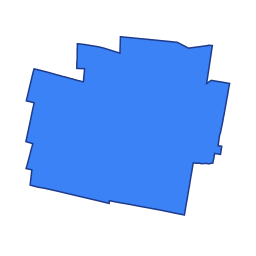 Rotunda, Olt, Romania, rotated 355°
{"feature_id": "2599482B64010567081563", "entity_name": "Rotunda", "entity_type": "district", "adm_level": 2, "iso_a3": "ROU", "parent_name": "Romania", "parent_adm1": "Olt", "projection": "mercator", "projection_center": [24.304, 43.977], "detail": "fine", "context": "isolated", "style": "filled", "palette": "blue", "viewbox_px": 256, "rotation_deg": 355, "n_neighbors": 0, "source": "geoboundaries", "source_scale": "gbopen_adm2", "svg_char_len": 2857}
<svg xmlns="http://www.w3.org/2000/svg" viewBox="0 0 256 256"><g transform="rotate(355 128 128)"><path d="M176.6,219.6L176.7,219.1L176.8,218.9L176.8,218.6L177.2,217.4L177.3,216.9L177.4,216.4L177.9,214.6L178.7,211.4L179.3,209.2L179.9,206.9L180.6,204.6L181.2,202.2L181.8,199.8L182.2,198.2L182.7,196.5L183.0,195.3L183.2,194.1L183.7,192.6L184.6,189.2L185.0,187.4L185.5,185.5L186.3,182.5L186.4,181.9L186.5,181.5L187.0,179.9L188.0,176.0L188.8,172.9L189.5,170.0L189.6,169.4L189.9,168.6L190.1,168.6L191.0,168.7L192.3,168.9L193.3,169.1L194.1,169.1L194.8,169.2L195.6,169.2L196.2,169.3L197.0,169.6L197.8,169.9L198.3,170.0L199.1,170.0L199.7,170.0L200.1,170.0L201.5,170.0L203.3,170.2L204.5,170.5L205.3,170.7L206.3,170.7L206.6,170.6L206.8,170.6L207.6,170.4L208.8,170.3L209.4,170.4L210.1,168.0L210.2,167.7L210.9,165.4L211.8,162.1L211.9,161.8L212.0,161.4L212.1,160.9L216.3,162.0L216.5,162.0L217.8,162.4L218.9,158.0L219.0,157.6L219.8,154.4L216.2,153.4L216.9,150.6L217.0,150.0L217.4,148.3L217.4,148.2L218.0,145.7L218.9,142.1L219.5,141.4L219.8,140.3L219.9,139.9L220.1,139.4L221.1,136.0L222.2,132.3L222.7,130.7L223.3,128.5L223.4,127.9L224.0,125.8L225.0,122.5L225.8,119.4L226.5,117.0L226.6,116.4L227.0,115.0L229.7,105.0L229.9,104.4L230.5,102.1L232.1,95.9L232.8,93.6L232.9,92.9L233.1,92.5L225.0,90.3L221.7,89.5L215.1,87.8L210.2,90.5L217.0,62.4L219.2,53.2L215.4,52.6L215.2,52.6L215.0,52.8L206.9,53.2L195.2,53.7L184.5,46.9L128.4,36.4L126.5,52.7L111.1,46.4L108.5,45.5L105.9,44.6L92.2,41.1L85.0,39.6L84.8,39.8L84.7,42.0L84.6,42.8L84.5,43.7L84.3,44.9L84.1,46.6L84.1,47.6L84.0,48.7L83.8,49.7L83.7,51.3L83.6,52.0L83.5,53.7L83.0,57.2L82.7,58.8L82.5,60.9L82.5,61.2L82.4,61.5L82.4,61.9L82.3,63.5L82.2,64.2L89.2,65.1L89.9,65.1L89.9,65.4L87.6,78.0L87.1,77.9L86.7,77.9L85.0,77.3L84.8,77.2L84.5,77.1L84.2,76.9L83.9,76.8L83.7,76.8L83.4,76.8L83.1,76.7L82.9,76.6L82.7,76.5L82.3,76.4L82.1,76.3L81.9,76.2L81.6,76.1L81.3,76.0L80.6,75.7L80.1,75.5L79.3,75.2L79.0,75.2L78.2,74.8L77.6,74.5L77.1,74.3L76.6,74.1L76.1,74.0L75.8,73.9L75.5,73.8L75.3,73.8L74.3,73.4L73.4,73.0L73.2,73.0L73.0,72.9L72.3,72.6L71.3,72.2L69.8,71.7L68.8,71.3L67.8,71.1L65.3,70.1L64.9,70.0L63.1,69.2L61.9,68.9L59.4,67.9L58.6,67.6L54.4,66.0L53.4,65.7L51.7,65.0L51.3,64.9L49.7,64.3L48.6,64.0L45.7,62.9L44.8,62.6L44.0,62.4L42.2,61.7L41.5,61.5L41.3,61.5L40.8,61.3L40.0,61.0L39.6,60.9L38.3,64.3L34.4,75.9L31.0,86.3L29.3,91.3L29.1,92.1L33.3,93.5L36.7,94.7L33.8,104.0L32.0,110.1L29.9,117.0L26.9,126.8L25.2,132.3L25.1,132.7L26.9,133.4L31.4,135.1L31.8,135.2L31.4,136.5L29.5,141.4L28.0,145.9L23.8,157.4L22.9,159.5L28.6,161.3L25.5,176.3L27.4,177.0L33.1,179.1L38.7,180.5L46.7,183.0L55.3,185.8L62.2,188.1L69.2,190.4L78.9,193.6L89.9,197.2L102.4,201.4L102.6,201.5L102.7,201.0L103.1,198.8L113.7,201.8L123.3,204.3L130.6,206.4L134.9,207.6L154.1,212.9L165.7,216.4L173.2,218.6L176.6,219.6Z" fill="#3b82f6" stroke="#1e3a8a" stroke-width="1.5"/></g></svg>